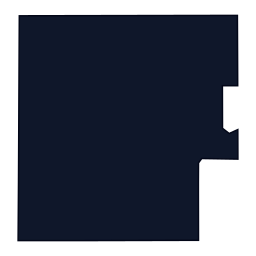 the district of Marquette, Wisconsin, United States of America
{"feature_id": "52423323B3939200165575", "entity_name": "Marquette", "entity_type": "district", "adm_level": 2, "iso_a3": "USA", "parent_name": "United States of America", "parent_adm1": "Wisconsin", "projection": "equal_earth", "projection_center": [-89.29, 43.813], "detail": "fine", "context": "isolated", "style": "filled", "palette": "ink", "viewbox_px": 256, "rotation_deg": 0, "n_neighbors": 0, "source": "geoboundaries", "source_scale": "gbopen_adm2", "svg_char_len": 327}
<svg xmlns="http://www.w3.org/2000/svg" viewBox="0 0 256 256"><path d="M237.4,15.4L19.3,15.8L18.5,182.2L18.1,240.6L77.2,240.6L198.5,240.3L198.4,192.1L198.4,182.3L198.5,162.9L201.7,158.5L237.9,159.1L237.8,129.6L229.2,133.5L222.5,128.3L222.4,85.7L237.7,85.7L237.4,15.4Z" fill="#0f172a" stroke="#020617" stroke-width="1.5"/></svg>